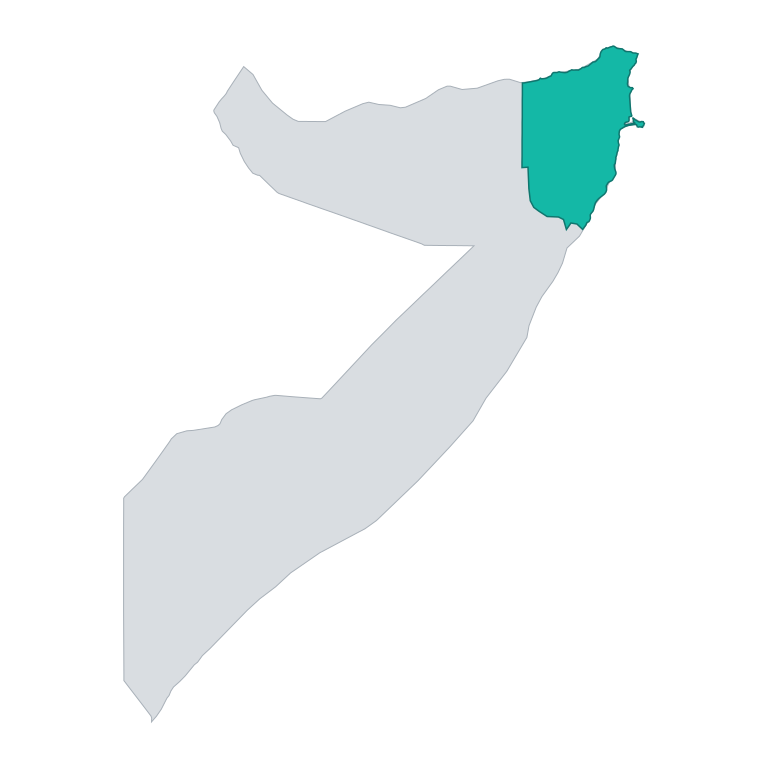 location of Bari within Somalia
{"feature_id": "SOM-1", "entity_name": "Bari", "entity_type": "Region", "adm_level": 1, "iso_a3": "SOM", "parent_name": "Somalia", "parent_adm1": "", "projection": "orthographic", "projection_center": [50.532, 10.16], "detail": "fine", "context": "in_parent", "style": "filled", "palette": "teal", "viewbox_px": 768, "rotation_deg": 0, "n_neighbors": 0, "source": "natural_earth", "source_scale": "10m", "svg_char_len": 5606}
<svg xmlns="http://www.w3.org/2000/svg" viewBox="0 0 768 768"><path d="M151.7,717.9L150.9,715.9L146.2,709.7L137.4,698.2L130.7,689.5L123.9,680.6L123.9,673.6L123.8,652.8L123.6,611.2L123.6,569.5L123.6,527.7L123.7,506.7L123.7,498.2L124.5,496.8L132.2,489.3L142.5,479.4L156.2,460.5L163.6,450.1L169.7,441.5L171.3,438.9L176.8,433.7L186.9,430.8L193.2,430.4L214.8,427.0L218.1,425.5L220.0,423.7L221.8,419.5L226.1,413.7L231.6,409.8L242.0,404.7L252.1,400.5L254.4,399.8L266.6,397.2L269.6,396.3L274.6,395.4L276.5,395.4L293.4,396.8L306.7,397.8L320.4,398.8L321.8,398.2L331.5,387.9L346.8,371.5L356.6,361.0L371.7,344.8L383.4,333.1L396.2,320.1L408.7,308.2L423.6,293.9L433.1,284.9L447.7,270.9L461.7,257.6L474.0,245.8L457.1,245.6L440.6,245.5L424.4,245.3L421.5,243.8L407.9,239.0L390.7,233.0L369.4,225.4L354.2,220.0L338.1,214.3L321.7,208.6L308.9,204.1L292.9,198.4L279.0,193.5L277.1,192.3L269.5,185.0L259.6,175.4L257.6,175.2L252.8,173.2L248.6,168.0L244.3,161.5L240.3,153.3L238.6,147.7L233.1,145.3L230.6,140.9L225.7,134.4L222.3,131.2L221.1,128.4L219.7,122.7L217.0,116.5L214.3,112.7L213.8,111.0L213.9,110.0L219.2,101.8L221.6,98.9L224.2,96.1L226.4,93.3L227.3,91.3L233.6,81.7L239.3,73.2L243.7,66.6L253.0,74.5L261.9,90.3L272.5,103.1L287.2,115.1L293.0,119.2L298.2,121.4L325.5,121.6L345.1,111.2L362.8,103.7L368.8,102.2L378.9,104.5L390.2,105.3L400.3,107.8L405.5,107.2L425.7,98.5L438.4,89.8L447.0,86.2L450.4,86.2L462.1,89.5L477.2,88.2L497.9,80.8L504.4,79.3L509.4,79.2L520.7,82.7L522.4,82.5L528.5,81.9L544.5,78.4L557.0,73.0L580.0,69.1L597.5,59.2L600.6,54.4L605.9,48.4L613.5,46.4L633.1,53.4L636.3,54.0L635.1,58.3L634.5,62.7L630.5,70.3L627.9,78.8L629.8,91.8L630.8,112.9L630.3,115.9L629.0,118.9L628.5,121.3L626.4,122.1L625.4,123.5L627.0,124.0L633.1,121.7L633.0,119.2L633.4,118.0L638.4,120.8L642.1,121.9L643.1,124.6L642.8,126.4L637.1,125.6L634.2,124.2L625.6,126.5L620.4,129.0L618.9,133.1L617.7,149.6L615.6,160.3L615.3,174.5L608.4,183.9L606.0,190.5L595.7,203.7L590.3,215.1L588.6,220.6L579.5,236.1L567.0,248.0L562.5,263.1L558.0,272.6L552.9,281.3L541.9,296.6L536.2,307.2L529.0,325.7L526.9,337.4L506.8,371.3L486.0,398.2L473.0,420.9L449.7,447.0L418.0,480.7L376.5,520.5L365.2,528.6L319.9,552.7L290.6,572.9L275.6,586.8L259.9,598.7L247.4,610.1L209.8,648.7L205.9,652.3L202.3,655.7L197.6,662.2L194.3,664.8L185.3,675.8L179.8,681.4L173.5,687.0L170.9,691.0L169.0,695.6L166.9,698.2L161.3,709.2L156.4,716.3L151.5,721.9L151.7,717.9Z" fill="#d9dde1" stroke="#a8b0b8" stroke-width="1"/><path d="M522.0,167.6L522.0,161.9L522.1,156.2L522.1,150.6L522.1,145.0L522.1,139.3L522.2,133.7L522.2,128.1L522.2,122.4L522.3,116.8L522.3,111.2L522.3,105.5L522.3,99.9L522.4,94.3L522.4,88.6L522.4,83.0L524.3,82.9L530.8,81.7L537.2,80.5L539.1,79.7L539.9,78.6L540.4,78.2L541.0,78.5L541.4,78.8L542.0,78.8L545.1,78.5L546.1,78.3L546.8,78.0L549.5,76.5L550.4,76.3L551.1,75.9L552.2,73.7L552.9,72.9L553.8,72.5L554.9,72.5L557.2,72.5L557.4,72.4L558.2,72.0L558.7,71.9L559.2,71.8L560.7,72.2L565.0,72.7L567.3,72.3L568.8,71.2L569.2,71.2L570.0,70.6L570.6,70.5L570.8,70.4L571.4,69.9L571.8,69.8L572.1,69.8L572.5,70.0L572.8,70.1L577.3,70.0L578.2,70.2L581.1,68.6L582.1,67.7L582.6,67.4L584.3,67.5L584.8,67.2L585.2,67.0L585.7,66.7L587.8,66.1L588.8,65.5L592.9,62.1L595.2,61.7L596.1,61.0L597.8,59.2L599.2,57.8L599.8,57.0L600.1,55.9L600.1,54.8L600.3,53.7L600.7,52.6L601.1,51.6L602.2,50.2L602.9,49.5L603.6,49.2L604.2,49.2L605.5,48.5L605.7,48.2L605.9,48.0L606.1,47.8L606.4,47.8L606.9,48.1L607.1,48.2L608.2,47.9L610.2,47.0L612.0,46.6L612.6,46.2L613.8,46.1L617.2,48.4L622.3,48.9L625.2,51.3L626.1,51.6L630.0,51.6L631.0,51.8L632.6,52.8L633.6,53.0L634.7,53.0L635.9,53.1L636.9,53.5L638.1,53.9L637.4,55.5L636.8,57.6L636.0,59.1L636.3,61.5L635.9,62.9L635.0,63.8L634.2,65.2L632.7,66.6L631.1,68.8L629.9,70.0L629.7,70.3L629.8,70.9L630.0,71.6L630.1,72.0L629.9,73.2L629.6,74.3L628.0,77.7L627.8,78.5L627.7,81.8L627.4,83.9L628.0,86.2L630.2,87.6L632.4,87.7L633.1,88.7L631.9,89.8L630.8,92.2L630.3,93.0L629.9,93.7L629.6,94.8L629.5,96.0L630.0,102.9L630.7,111.9L631.8,115.8L631.5,116.3L630.3,116.5L629.1,116.9L628.9,117.8L629.1,120.0L628.9,121.0L628.4,121.6L627.7,121.9L626.6,122.0L625.6,122.4L624.8,123.1L624.4,124.0L624.8,124.8L625.7,124.9L633.3,123.4L633.8,123.5L634.3,123.6L634.7,123.6L634.9,123.2L634.7,122.7L634.2,122.4L633.8,122.1L633.5,121.9L633.5,120.7L633.4,119.7L633.1,118.6L632.5,117.6L633.3,118.3L634.1,118.8L634.7,119.5L635.6,120.0L636.0,120.3L636.6,120.5L637.7,121.3L638.3,121.7L639.2,121.9L639.9,122.1L640.4,122.0L640.9,121.7L641.5,121.5L642.5,121.6L643.3,121.7L643.7,122.9L644.4,123.3L644.1,124.2L643.5,125.9L642.9,126.1L642.6,126.3L642.2,126.6L642.4,127.3L642.0,127.3L641.1,127.0L640.4,127.0L639.7,126.8L638.7,127.1L637.3,126.8L637.0,125.9L636.8,125.3L636.5,124.7L635.7,124.4L628.3,125.4L624.7,126.7L620.3,129.4L619.4,131.0L619.0,134.1L619.6,136.9L618.1,140.7L618.4,143.0L619.0,144.6L619.0,145.2L618.9,145.8L618.5,146.5L617.9,150.0L618.0,150.6L617.5,151.6L617.1,152.5L616.7,155.0L616.0,156.9L615.7,157.4L615.9,158.8L615.8,159.3L615.6,160.3L615.2,163.3L614.3,164.7L614.3,166.2L614.7,168.8L615.9,172.1L616.0,173.1L615.9,174.0L615.5,174.9L612.5,180.0L611.5,180.8L609.4,181.7L608.6,182.2L607.9,183.0L606.5,185.4L606.2,186.1L606.6,189.3L606.5,190.4L605.8,192.3L604.4,194.1L598.9,198.4L597.4,200.0L596.2,201.6L595.3,203.1L594.6,205.2L593.7,209.3L593.0,211.1L590.6,214.0L590.2,215.0L590.4,218.0L590.2,218.9L589.4,220.8L588.8,221.7L588.0,222.1L587.1,222.4L586.6,223.2L586.2,224.2L585.8,225.2L582.6,229.4L576.9,224.0L570.9,223.0L568.9,226.0L566.4,229.5L563.5,219.5L558.5,217.0L547.1,216.5L539.2,211.4L533.8,207.4L530.3,200.8L528.9,188.8L528.0,167.2L522.0,167.6Z" fill="#14b8a6" stroke="#0f766e" stroke-width="1.5"/></svg>